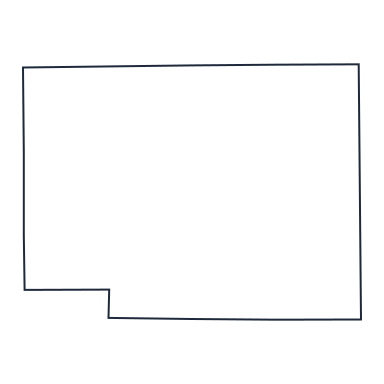 outline of Noble, Indiana, United States of America
{"feature_id": "52423323B7904044051324", "entity_name": "Noble", "entity_type": "district", "adm_level": 2, "iso_a3": "USA", "parent_name": "United States of America", "parent_adm1": "Indiana", "projection": "orthographic", "projection_center": [-85.476, 41.395], "detail": "fine", "context": "isolated", "style": "outline", "palette": "slate", "viewbox_px": 384, "rotation_deg": 0, "n_neighbors": 0, "source": "geoboundaries", "source_scale": "gbopen_adm2", "svg_char_len": 274}
<svg xmlns="http://www.w3.org/2000/svg" viewBox="0 0 384 384"><path d="M24.6,289.9L109.2,289.6L108.5,317.9L191.3,319.0L276.3,319.7L361.0,319.5L358.7,64.3L275.3,64.7L191.5,65.4L23.0,67.5L23.8,151.7L23.8,235.0L24.6,289.9Z" fill="none" stroke="#1e293b" stroke-width="2"/></svg>